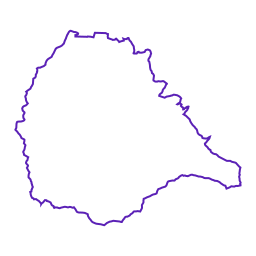 Nades, Mures, Romania
{"feature_id": "2599482B14728558628521", "entity_name": "Nades", "entity_type": "district", "adm_level": 2, "iso_a3": "ROU", "parent_name": "Romania", "parent_adm1": "Mures", "projection": "robinson", "projection_center": [24.745, 46.323], "detail": "fine", "context": "isolated", "style": "outline", "palette": "violet", "viewbox_px": 256, "rotation_deg": 0, "n_neighbors": 0, "source": "geoboundaries", "source_scale": "gbopen_adm2", "svg_char_len": 5746}
<svg xmlns="http://www.w3.org/2000/svg" viewBox="0 0 256 256"><path d="M76.8,211.7L77.4,212.1L78.8,212.5L82.4,212.6L84.8,212.9L87.1,213.9L87.8,214.3L87.9,215.8L89.2,218.2L90.6,219.8L91.8,221.5L92.7,222.2L95.4,223.4L96.3,223.7L100.9,224.3L104.1,225.2L104.3,225.2L106.9,223.0L109.6,221.7L111.3,221.4L113.3,220.8L119.6,221.5L121.2,222.0L121.8,222.0L122.0,221.8L122.2,221.2L123.1,219.9L123.6,219.2L124.3,218.6L124.5,218.0L125.2,217.1L126.1,216.7L127.3,216.7L129.7,215.5L130.6,214.3L132.4,213.2L133.7,211.6L134.2,211.4L136.1,211.4L137.6,211.1L140.2,211.5L141.8,208.5L142.0,207.8L142.0,206.7L141.9,205.8L142.0,204.9L143.4,202.6L143.5,201.8L143.4,200.9L143.7,198.8L144.9,198.4L147.0,197.3L150.0,196.2L151.6,195.2L153.1,194.5L155.4,194.0L156.6,193.4L157.3,190.9L158.3,189.1L160.2,188.5L161.8,187.7L165.3,186.6L166.4,185.5L167.5,182.4L167.8,181.9L168.3,181.4L169.4,181.1L172.5,180.5L174.2,180.6L174.6,180.5L175.6,179.3L177.8,178.4L178.6,177.7L179.1,176.9L181.2,175.5L182.4,175.1L183.7,175.8L184.5,175.5L185.0,175.5L186.2,176.0L187.2,176.0L187.8,176.2L190.9,174.8L192.1,174.7L193.6,175.2L195.2,175.4L198.6,176.5L200.0,176.5L202.6,177.1L204.3,178.0L205.0,178.1L208.5,178.1L209.7,178.5L212.0,179.7L213.8,180.2L214.5,180.7L217.3,181.0L219.7,182.2L220.7,183.2L223.2,184.9L224.1,185.4L225.4,185.7L226.5,188.6L229.6,187.4L231.3,186.3L233.0,186.5L234.6,186.5L235.3,186.1L236.3,185.9L237.7,186.0L240.5,185.4L240.5,184.6L240.1,183.9L240.6,182.8L240.6,182.5L239.9,181.2L239.6,180.2L239.6,178.8L239.1,176.7L239.8,174.8L239.4,173.9L239.4,173.3L239.8,170.6L239.8,170.0L240.4,167.5L239.2,166.6L235.9,162.9L234.9,162.5L231.9,161.8L230.3,160.9L227.1,160.9L226.5,160.7L218.6,156.6L217.4,155.2L216.0,154.2L214.4,154.0L212.9,153.4L210.9,151.8L210.4,149.9L209.6,149.7L209.5,149.4L208.4,148.7L207.7,147.4L205.5,145.4L205.0,144.6L204.9,143.5L206.3,142.3L206.8,141.4L209.0,139.0L209.4,138.4L209.9,136.8L209.0,137.2L207.8,138.1L206.3,138.6L203.5,138.3L202.4,137.9L202.2,137.0L201.6,135.9L200.3,135.2L199.7,135.0L198.5,134.1L197.6,132.7L197.2,130.8L196.7,129.4L195.4,128.1L194.8,127.1L192.6,125.0L192.1,124.2L191.4,123.3L190.9,122.3L190.3,121.5L190.0,120.2L189.8,120.0L189.6,119.3L186.0,115.8L185.1,115.3L183.6,114.3L184.5,113.7L184.7,112.9L185.4,111.8L186.6,110.7L187.4,109.7L187.6,109.0L188.2,108.1L188.2,107.5L188.5,106.6L188.2,106.5L187.6,106.8L187.1,106.8L186.1,107.4L185.9,107.9L184.4,108.5L184.1,108.8L184.0,109.2L183.4,109.4L183.2,109.4L183.4,108.0L182.9,107.8L182.6,107.5L182.6,107.3L182.1,107.1L180.9,105.9L181.5,104.6L181.2,104.5L181.2,104.3L180.7,103.7L179.2,103.6L178.1,104.2L177.4,104.4L177.2,104.3L178.3,103.4L179.8,102.6L180.4,100.9L180.6,99.5L181.2,98.5L180.6,97.6L179.6,96.6L177.3,95.3L174.8,94.8L173.6,94.7L171.8,95.6L171.2,95.5L170.6,95.8L170.1,96.0L166.6,96.6L164.7,97.7L159.2,95.9L159.3,95.1L159.7,94.5L160.3,93.8L161.8,92.8L162.6,91.2L162.7,90.2L163.8,88.5L164.7,87.8L166.2,84.4L166.9,83.8L166.9,83.7L163.6,81.2L162.8,81.1L160.8,81.5L158.2,81.2L157.2,81.6L155.8,81.6L155.1,81.5L153.5,80.5L153.4,79.9L154.0,75.6L153.4,74.3L152.9,73.7L152.0,73.1L151.6,71.1L150.9,70.3L150.5,69.5L150.1,67.6L149.9,64.9L149.3,61.8L148.4,60.8L148.4,59.9L148.5,59.2L150.2,56.4L150.4,55.9L150.5,55.1L151.1,53.6L150.5,51.4L149.8,50.3L147.8,49.5L145.7,50.1L144.6,52.0L141.7,52.7L139.2,52.6L138.7,51.8L138.3,51.9L137.5,52.1L137.2,52.9L136.7,53.5L134.0,53.5L133.6,53.4L133.5,53.2L134.0,52.3L134.2,51.4L134.3,50.0L134.0,48.8L133.7,46.3L132.2,44.1L130.9,41.7L129.6,40.5L128.5,38.0L127.5,38.1L126.8,39.1L126.3,39.0L124.7,39.2L123.4,38.7L123.8,39.9L123.8,40.6L121.0,41.3L119.2,42.0L118.8,41.2L117.3,39.9L116.3,38.7L115.7,38.8L115.5,39.3L114.8,39.7L112.7,39.9L112.3,39.6L108.0,38.1L107.7,36.5L107.9,35.3L107.9,34.0L107.1,33.9L105.7,33.1L94.9,32.8L93.5,37.3L90.5,36.7L87.7,36.5L87.4,36.8L75.4,36.5L75.4,35.1L76.7,35.0L77.4,34.1L77.9,34.1L78.1,33.4L76.9,32.6L75.5,32.1L74.0,32.0L71.1,30.9L70.3,30.8L69.1,31.7L68.2,33.2L67.7,34.3L67.4,34.5L66.2,37.5L66.0,38.3L64.9,40.5L63.8,43.7L63.4,43.9L62.2,45.3L60.5,46.4L56.9,47.8L56.2,48.5L55.8,48.6L53.5,53.4L52.5,54.9L51.6,56.9L48.3,58.9L47.6,59.5L46.6,60.7L45.7,62.8L45.4,64.2L45.5,64.7L43.8,66.1L40.8,67.3L40.5,67.6L38.1,67.7L36.9,68.5L37.2,69.1L37.3,70.4L37.2,71.4L37.0,71.6L37.1,72.0L36.6,73.4L35.8,74.6L35.8,76.2L35.3,77.5L33.3,78.7L32.9,84.0L31.7,86.2L30.9,87.3L30.8,87.8L30.4,88.7L27.1,90.9L26.9,91.3L26.2,91.7L26.8,92.6L26.9,93.1L26.2,95.1L25.3,96.2L25.3,96.8L26.0,99.0L25.9,99.8L26.3,101.0L27.0,102.4L27.8,103.4L26.7,104.7L25.7,105.5L24.2,106.0L23.3,106.6L22.8,107.1L22.2,108.4L22.7,110.6L24.5,112.4L24.4,113.3L23.4,114.9L23.2,115.8L23.4,117.9L24.5,119.5L24.2,120.3L23.0,121.0L21.1,121.5L18.2,121.6L17.4,121.8L17.0,122.1L16.5,123.7L16.3,127.9L15.4,129.6L15.4,129.8L17.2,131.6L18.5,133.5L19.7,134.6L20.8,136.4L21.5,138.1L24.0,139.3L24.4,139.6L24.4,141.0L23.9,143.3L25.4,145.1L25.4,145.6L24.9,146.9L24.6,148.8L24.3,149.8L23.3,151.6L23.2,152.0L23.9,153.6L24.0,154.8L28.2,157.2L27.9,157.9L27.4,160.2L26.6,161.0L26.1,162.3L26.0,163.0L26.7,164.0L27.9,165.3L28.0,165.7L27.8,166.3L26.9,167.9L28.7,171.3L29.4,172.1L29.5,172.3L28.9,173.7L28.6,175.1L28.5,177.2L28.7,177.6L30.3,179.2L30.6,179.8L30.9,181.2L31.5,182.1L31.6,183.7L32.0,184.3L32.2,185.6L32.8,186.9L32.7,187.4L32.1,188.4L31.8,189.5L31.5,189.9L31.4,191.5L30.2,192.0L30.6,193.1L30.7,194.4L31.2,196.1L32.1,197.9L33.3,198.3L33.6,198.5L33.9,199.3L36.0,199.1L36.5,199.4L37.2,200.0L38.9,201.0L40.9,203.3L41.2,203.7L41.2,204.1L41.7,203.3L43.1,202.4L44.1,201.1L45.0,200.1L46.5,200.3L46.8,201.0L48.5,201.4L50.6,202.5L51.6,204.8L52.3,205.5L53.2,205.9L53.8,206.4L53.8,207.4L54.2,207.9L55.4,207.4L57.3,207.5L58.2,207.9L59.8,208.2L60.9,207.7L64.7,206.8L65.8,206.9L68.0,207.4L69.7,206.9L70.6,207.0L72.6,207.7L73.5,207.6L73.9,207.3L75.4,209.2L76.8,211.7Z" fill="none" stroke="#5b21b6" stroke-width="2"/></svg>